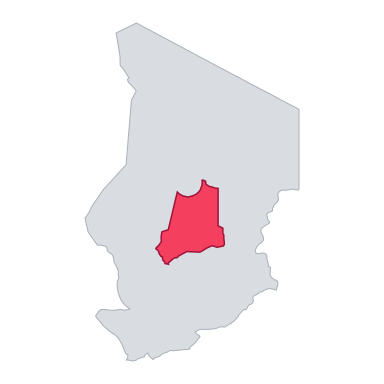 Chad, with Batha highlighted
{"feature_id": "TCD-1472", "entity_name": "Batha", "entity_type": "Prefecture", "adm_level": 1, "iso_a3": "TCD", "parent_name": "Chad", "parent_adm1": "", "projection": "mercator", "projection_center": [18.213, 14.169], "detail": "fine", "context": "in_parent", "style": "filled", "palette": "rose", "viewbox_px": 384, "rotation_deg": 0, "n_neighbors": 0, "source": "natural_earth", "source_scale": "10m", "svg_char_len": 5545}
<svg xmlns="http://www.w3.org/2000/svg" viewBox="0 0 384 384"><path d="M299.0,109.3L299.0,118.9L299.0,128.4L299.0,138.0L299.0,147.5L299.0,157.0L299.0,166.5L299.0,176.0L299.0,185.4L299.0,188.5L298.8,189.8L298.7,189.9L298.3,190.1L293.4,189.3L291.3,189.2L288.4,189.9L284.0,190.3L281.2,190.2L279.2,191.8L277.7,193.7L278.4,198.4L278.3,200.0L277.7,201.6L276.3,202.9L275.0,204.0L274.2,205.0L273.3,207.1L272.5,208.1L272.6,209.4L272.4,210.8L271.6,211.5L269.5,212.1L268.2,212.7L267.2,213.7L266.5,214.4L266.8,215.4L267.4,216.7L267.7,218.8L267.9,220.0L268.9,221.0L269.5,221.7L269.7,222.6L269.1,223.3L266.6,224.8L265.6,225.3L264.5,226.1L264.1,226.4L262.2,227.8L261.3,229.1L260.9,230.1L260.9,231.6L261.8,233.8L262.8,235.6L263.2,237.0L263.5,238.5L263.4,240.0L262.8,241.2L261.9,242.4L258.5,244.5L256.9,246.8L255.5,249.7L255.2,251.2L255.5,252.2L256.3,253.1L257.3,253.6L258.7,253.7L261.2,253.2L263.5,252.9L265.9,253.9L267.1,256.3L266.7,258.0L267.6,261.2L268.4,265.0L268.3,266.3L268.7,266.7L270.2,267.0L270.5,267.9L270.0,274.5L270.7,276.4L271.8,277.7L272.9,278.4L274.0,279.3L274.6,279.9L276.0,280.0L277.5,281.3L277.9,282.9L277.8,284.4L276.9,287.8L276.2,290.1L275.3,289.9L273.6,289.3L271.4,288.9L268.8,288.5L266.2,289.4L263.5,290.6L262.7,291.5L261.9,292.0L260.7,291.9L259.6,292.1L259.0,292.9L258.0,293.8L254.1,295.8L253.3,296.5L252.8,297.2L252.8,298.0L253.2,299.5L253.2,301.5L252.3,303.1L251.3,304.1L250.1,304.5L249.1,304.8L248.5,305.4L246.5,309.0L245.6,309.7L243.8,309.6L238.6,315.0L238.1,316.6L236.2,318.8L233.8,321.3L231.7,322.5L231.5,323.0L230.9,323.5L229.6,324.0L225.0,327.0L219.6,326.9L217.1,328.1L214.8,328.6L211.4,329.2L210.3,329.2L205.9,329.4L200.7,329.3L198.7,329.8L196.9,330.9L195.5,331.9L195.3,332.3L195.5,332.7L195.5,333.0L199.1,335.5L200.0,336.7L199.1,337.9L198.6,338.1L198.0,339.1L195.9,341.9L192.6,345.2L191.0,346.1L190.3,346.8L189.5,349.0L188.9,349.3L186.7,349.5L182.3,349.8L176.2,350.5L172.6,350.7L170.3,350.5L167.1,352.1L166.0,352.4L165.3,352.6L162.2,354.0L159.5,356.3L158.6,356.7L154.9,357.7L153.4,359.3L152.8,359.4L150.4,357.3L148.8,355.5L148.0,353.6L147.9,353.0L147.5,353.1L146.2,353.9L145.0,354.9L144.5,356.7L140.7,357.9L137.4,359.0L136.0,360.3L133.7,361.0L130.8,360.7L128.5,360.1L126.3,360.0L127.3,358.3L127.7,357.1L127.8,355.6L127.7,354.6L126.3,354.0L125.5,353.2L123.6,348.5L121.6,343.6L118.9,338.8L115.9,335.7L113.7,333.8L113.0,333.6L111.9,333.0L111.1,332.4L107.1,329.1L102.9,325.5L101.9,323.8L99.8,321.3L97.5,318.7L96.3,317.5L95.7,315.4L97.3,313.5L99.0,311.1L101.1,309.5L103.8,309.4L108.3,310.0L113.2,310.3L118.0,309.8L119.2,309.4L120.4,309.4L123.0,310.0L127.5,309.9L129.8,308.9L127.3,307.2L124.6,304.6L122.1,301.7L120.6,299.1L119.2,295.7L117.9,291.5L117.1,286.0L117.2,283.0L117.6,280.8L119.0,277.2L118.1,275.1L118.3,273.4L118.2,270.9L117.7,269.6L116.0,265.4L115.6,264.9L114.1,262.1L113.4,257.2L111.7,254.0L108.8,252.5L107.3,250.6L106.7,247.3L105.6,246.4L101.2,245.2L97.5,245.2L94.8,241.5L91.4,236.6L88.2,232.1L86.1,223.1L85.0,218.0L86.3,216.4L88.9,212.7L92.3,205.7L99.8,194.8L103.7,189.2L111.4,180.8L120.8,170.5L126.1,164.6L127.0,154.0L127.9,142.7L128.6,134.2L129.5,124.0L130.2,115.5L130.7,109.3L131.4,100.5L132.1,98.8L135.8,91.8L136.1,90.9L135.4,89.7L130.1,83.8L128.4,82.5L127.5,79.4L128.8,77.7L122.5,67.7L120.9,66.5L120.2,65.3L120.1,63.5L120.0,56.6L118.3,45.7L116.1,33.0L123.6,29.3L129.2,26.6L136.5,23.0L143.2,26.7L153.0,31.9L162.7,37.1L172.4,42.3L182.2,47.5L191.9,52.7L201.6,57.9L211.4,63.1L221.1,68.2L230.8,73.4L240.6,78.5L250.3,83.7L260.0,88.8L269.8,93.9L279.5,99.1L289.2,104.2L299.0,109.3Z" fill="#d9dde1" stroke="#a8b0b8" stroke-width="1"/><path d="M159.8,243.8L161.1,241.9L161.2,241.6L161.3,241.2L161.1,236.4L161.2,236.2L161.8,232.3L161.9,232.0L162.0,231.8L162.2,231.7L168.3,229.7L177.3,192.0L179.2,193.8L181.7,195.3L183.0,195.9L187.2,196.9L188.9,196.9L189.5,196.7L193.5,195.5L195.6,194.5L196.5,194.0L198.7,192.0L199.8,190.7L200.4,189.6L202.0,185.1L202.0,184.9L202.2,182.3L202.1,180.2L202.3,180.0L202.6,180.1L202.9,180.4L203.1,180.5L203.3,180.5L203.7,180.4L203.8,180.4L204.0,180.4L204.7,180.6L204.9,180.7L205.0,180.8L205.3,181.1L205.5,181.3L205.6,181.8L205.9,183.8L205.9,184.0L206.1,184.2L206.4,184.6L209.1,186.3L209.4,186.4L211.0,186.7L213.5,187.5L214.3,187.8L215.3,188.1L218.1,188.4L218.1,222.7L218.1,225.7L222.7,228.1L222.9,228.2L222.9,228.3L222.8,232.9L222.9,233.3L223.1,233.8L223.8,234.9L223.8,235.1L223.8,238.4L224.3,242.2L224.3,244.4L224.2,244.6L224.1,244.9L223.5,245.8L223.4,245.9L223.3,246.0L223.1,246.1L217.8,247.1L217.7,247.2L217.7,247.3L217.9,247.5L212.1,245.7L207.3,247.8L201.2,251.5L200.1,252.0L199.7,252.1L199.4,252.1L187.1,251.6L186.7,251.7L186.3,251.8L179.0,255.8L178.4,256.2L177.5,257.4L177.2,257.6L176.9,257.7L174.6,257.9L174.3,258.0L173.9,258.2L168.6,262.7L168.2,263.3L168.5,264.4L168.4,264.4L168.2,264.3L168.1,264.2L167.9,264.1L167.7,264.0L167.3,264.0L167.2,263.9L166.9,263.8L166.8,263.7L166.7,263.7L166.2,263.8L165.8,263.8L165.5,263.8L165.4,263.7L165.2,263.6L164.9,263.3L164.9,263.2L164.9,262.5L164.9,262.3L164.8,262.2L164.7,262.0L164.5,261.8L164.4,261.7L164.3,261.3L164.2,261.2L163.6,260.9L163.4,260.8L163.0,260.3L162.9,260.0L162.4,257.4L162.4,257.1L162.4,256.9L162.2,256.7L161.8,256.6L161.6,256.6L161.4,256.6L161.2,256.5L161.1,256.4L160.9,256.2L160.7,256.0L160.7,255.9L160.6,255.7L160.4,255.2L160.2,255.0L159.9,254.9L159.7,254.7L159.5,254.4L159.2,253.6L158.9,252.3L158.8,252.1L157.9,250.4L157.8,250.2L157.2,249.7L156.7,249.5L156.1,248.9L155.9,248.8L155.9,248.6L155.9,248.3L156.0,248.2L156.5,247.5L158.3,245.7L158.6,245.5L158.9,245.2L159.8,243.8Z" fill="#f43f5e" stroke="#9f1239" stroke-width="1.5"/></svg>